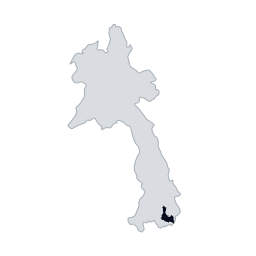 Xaysetha, Attapu, Laos (highlighted), rotated 16°
{"feature_id": "54806243B4321376255205", "entity_name": "Xaysetha", "entity_type": "district", "adm_level": 2, "iso_a3": "LAO", "parent_name": "Laos", "parent_adm1": "Attapu", "projection": "robinson", "projection_center": [107.034, 14.975], "detail": "fine", "context": "in_parent", "style": "filled", "palette": "ink", "viewbox_px": 256, "rotation_deg": 16, "n_neighbors": 0, "source": "geoboundaries", "source_scale": "gbopen_adm2", "svg_char_len": 6640}
<svg xmlns="http://www.w3.org/2000/svg" viewBox="0 0 256 256"><g transform="rotate(16 128 128)"><path d="M94.2,34.5L95.2,36.6L100.2,42.4L101.1,43.9L102.9,45.1L104.4,50.2L105.1,50.5L105.9,50.2L106.5,49.5L107.1,47.5L107.4,47.3L108.0,48.9L109.4,49.4L110.0,50.1L110.2,51.3L110.0,52.6L108.7,55.5L108.0,59.4L112.9,67.8L114.9,69.0L119.8,70.3L123.2,72.2L124.7,71.7L126.2,69.7L128.0,68.5L131.3,66.7L132.3,66.6L134.1,67.3L137.1,69.4L141.6,73.3L141.4,74.4L140.6,75.4L138.2,76.9L137.4,77.9L137.9,78.3L139.9,78.5L142.3,79.4L143.0,80.4L143.4,82.8L143.8,83.2L146.0,83.0L146.7,83.3L147.5,84.0L148.3,86.0L148.2,87.4L146.0,90.0L145.8,91.5L144.6,93.3L141.6,96.4L140.8,96.6L135.2,94.9L130.8,95.1L130.4,95.7L131.1,97.6L131.4,99.4L130.7,100.8L128.1,102.6L128.0,103.4L128.5,104.2L132.2,105.9L144.0,114.7L149.4,116.3L151.8,117.4L152.4,118.1L152.4,118.8L151.8,119.8L151.2,121.5L151.2,122.6L151.8,123.6L152.7,125.1L156.0,128.4L158.5,129.2L161.0,133.0L161.7,136.4L163.0,138.5L169.1,145.8L174.3,150.2L177.3,155.0L178.8,156.1L179.3,157.9L179.7,162.9L181.5,165.5L181.8,166.5L182.6,167.2L183.5,167.4L185.3,165.7L185.6,166.0L186.5,168.6L187.2,169.6L189.9,171.2L192.8,174.5L194.4,175.6L196.3,176.6L196.6,177.6L196.2,178.6L195.6,179.3L192.2,181.1L191.8,182.0L194.0,186.1L199.6,191.2L201.4,194.2L201.0,195.7L199.4,198.7L198.3,199.5L198.0,200.4L198.8,202.8L198.7,206.6L197.7,207.5L196.7,209.8L196.0,209.9L194.3,209.1L190.7,213.0L189.1,212.8L187.3,215.0L185.0,215.3L183.4,213.7L180.0,211.1L178.8,209.4L177.7,210.8L175.9,212.2L173.3,211.7L172.7,213.7L172.2,214.0L169.1,214.4L168.5,214.7L169.0,216.5L170.8,219.5L171.4,221.3L170.2,224.1L167.0,224.1L165.6,222.9L163.8,220.5L159.7,218.9L157.0,220.0L156.2,219.9L154.1,217.9L153.4,216.6L152.9,214.6L156.0,213.0L157.6,211.8L158.6,210.5L159.1,209.1L159.6,203.5L160.0,201.5L159.8,199.0L158.9,197.1L159.0,194.2L159.4,191.9L160.6,190.7L161.4,189.0L161.9,185.2L161.6,184.3L160.4,183.3L158.4,182.4L157.2,181.3L156.7,180.0L156.7,178.8L157.3,177.8L155.9,176.7L152.3,175.4L150.3,173.9L149.9,172.2L148.4,169.9L145.9,167.1L144.5,163.0L144.4,157.7L144.7,153.4L145.9,148.4L144.4,144.7L142.8,142.8L140.5,141.4L138.3,139.4L136.3,136.8L133.8,132.9L131.0,127.8L129.0,125.5L128.0,126.0L126.0,125.6L122.8,124.1L120.0,123.3L117.7,123.2L116.1,123.5L115.4,124.3L115.4,125.1L116.0,125.8L115.6,126.4L114.4,126.9L113.4,127.7L112.3,129.6L111.5,132.0L110.3,133.0L108.5,133.2L106.7,133.9L104.9,135.1L104.1,136.0L104.2,136.6L103.8,136.8L103.0,136.4L102.6,135.6L102.6,134.3L101.7,133.5L99.9,133.0L97.8,131.6L93.9,128.1L93.0,127.9L91.7,128.9L89.9,130.8L88.5,131.6L87.4,131.2L86.6,131.9L85.9,133.7L84.8,135.2L79.5,139.0L74.6,143.9L73.4,144.3L70.5,143.0L69.6,142.0L73.6,131.9L74.3,129.5L74.2,126.2L72.5,123.5L72.4,122.8L72.7,121.9L74.8,118.8L77.2,110.8L77.1,108.2L76.1,105.5L75.5,102.9L76.0,99.3L75.8,97.9L74.7,97.3L71.1,96.5L69.0,97.1L68.0,98.1L66.7,98.7L64.4,99.0L62.2,97.8L60.4,95.8L60.0,93.3L62.4,87.9L62.9,85.8L62.9,84.8L62.5,83.8L62.0,83.7L60.8,82.4L59.7,80.2L58.6,79.2L57.6,79.4L56.7,80.2L55.1,82.3L54.6,82.0L56.1,74.6L57.4,71.4L58.9,70.0L60.5,69.4L62.1,69.6L63.5,69.3L64.7,68.5L64.6,68.1L63.2,68.0L62.7,67.1L63.0,65.6L63.6,64.5L64.5,64.1L65.4,62.5L66.3,59.8L67.4,58.4L68.6,58.3L70.7,57.2L73.7,54.9L74.8,52.7L76.0,53.7L75.5,56.2L76.1,56.8L76.4,57.7L76.2,59.1L76.4,60.4L76.9,61.0L77.5,61.3L80.7,60.2L82.6,60.1L85.7,62.0L87.6,60.6L87.6,60.1L86.1,58.3L86.7,51.8L86.5,46.9L83.9,43.2L83.4,41.7L83.2,39.3L82.5,37.3L84.3,35.6L85.4,32.6L86.7,31.9L87.1,32.0L88.6,34.2L90.7,33.1L92.2,33.1L93.5,33.7L94.2,34.5Z" fill="#d9dde1" stroke="#a8b0b8" stroke-width="1"/><path d="M184.3,194.9L184.4,195.0L184.4,195.3L184.4,195.5L184.5,195.8L184.6,196.1L184.8,196.1L184.8,196.4L185.0,196.6L185.0,196.8L184.9,196.8L185.0,197.1L185.1,197.3L185.3,197.5L185.2,197.8L185.2,198.0L185.3,198.0L185.7,198.1L185.9,198.1L186.0,198.2L186.0,198.3L186.2,198.5L185.9,198.8L185.8,199.1L185.8,199.3L186.0,199.7L186.0,199.8L186.0,200.1L186.1,200.3L186.0,200.5L185.9,200.7L185.8,200.8L185.9,201.0L186.0,201.0L186.2,201.3L185.9,201.3L185.7,201.3L185.6,201.6L185.5,201.9L185.4,202.1L185.3,202.3L185.3,202.5L185.2,202.6L185.2,202.9L185.3,202.9L185.6,203.0L185.9,203.2L186.0,203.3L186.1,203.5L186.0,203.8L186.1,204.0L186.0,204.3L185.9,204.4L185.8,204.5L185.8,204.8L185.7,204.9L185.8,204.9L185.8,205.0L185.9,205.3L185.9,205.6L185.7,205.6L185.8,205.8L186.0,206.0L186.3,206.1L186.5,206.0L186.6,205.9L186.7,205.5L186.7,205.4L186.6,205.2L186.8,205.1L187.0,205.0L187.2,205.3L187.1,205.6L187.3,205.5L187.5,205.3L187.6,205.5L187.8,205.6L187.8,205.8L188.0,205.8L188.2,206.0L188.2,205.9L188.3,205.9L188.5,206.0L188.8,206.0L188.9,205.8L189.0,205.8L189.4,206.0L189.5,206.1L189.8,205.8L189.9,205.7L190.1,205.7L190.1,205.8L190.3,205.8L190.5,205.9L190.7,206.0L190.6,206.4L190.8,206.3L191.0,206.5L191.2,206.8L191.3,206.8L191.4,206.7L191.5,206.7L192.0,206.5L192.1,206.4L192.3,206.3L192.3,206.2L192.4,206.3L192.4,206.2L192.5,206.2L192.6,206.3L192.8,206.4L192.9,206.2L193.0,206.1L193.2,205.9L193.3,205.7L193.3,205.8L193.5,205.8L193.7,205.7L193.8,205.6L194.0,205.5L194.0,205.4L194.3,205.4L194.2,205.5L194.3,205.6L194.5,205.4L194.8,205.4L194.9,205.5L195.0,205.5L195.3,205.6L195.5,205.5L195.8,205.6L195.9,205.4L196.1,205.4L196.2,205.5L196.4,205.6L196.5,205.7L196.6,205.8L196.8,205.9L197.0,205.8L197.1,205.7L197.1,205.8L197.4,206.0L197.4,205.8L197.4,205.7L197.2,205.4L197.1,205.2L196.8,204.9L196.5,204.6L196.5,204.4L196.5,204.2L196.4,203.9L196.3,203.7L196.2,203.6L196.1,203.2L195.9,203.0L195.9,202.9L196.0,202.8L196.0,202.2L195.9,202.2L195.5,201.9L195.4,201.4L195.3,201.2L195.0,201.1L194.9,201.0L194.7,201.0L194.5,200.8L194.1,200.7L194.1,200.9L194.1,201.2L194.1,201.3L194.0,201.5L193.9,201.6L193.9,201.8L193.8,202.1L193.5,202.4L193.3,202.5L193.4,202.8L193.2,203.0L192.9,203.1L192.7,203.1L192.5,202.9L192.3,202.8L192.2,202.7L192.0,202.8L191.9,202.9L191.7,202.9L191.6,203.0L191.6,203.5L191.4,203.5L191.3,203.4L191.2,203.4L190.9,203.4L190.7,203.4L190.7,203.5L190.4,203.5L190.4,203.4L190.2,203.5L190.2,203.4L189.9,203.3L189.7,203.3L189.4,202.9L189.5,202.8L189.5,202.6L189.6,202.4L189.4,202.5L189.1,202.6L188.8,202.4L188.7,202.3L188.7,202.2L189.1,201.8L188.1,201.0L187.0,200.4L186.9,200.0L186.3,198.3L186.2,197.9L186.2,197.7L186.2,197.3L186.2,197.2L186.3,197.1L186.2,197.0L186.3,196.9L186.3,196.6L186.4,196.4L186.3,196.1L186.2,196.1L186.0,195.9L185.9,195.9L185.8,195.7L185.8,195.4L185.9,195.2L185.7,195.0L185.5,194.9L185.4,194.9L185.5,194.8L185.4,194.8L185.4,194.7L185.2,194.7L184.9,194.7L184.8,194.4L184.7,194.4L184.8,194.4L184.7,194.3L184.4,194.3L184.5,194.3L184.4,194.3L184.3,194.2L184.3,194.3L184.2,194.4L184.3,194.4L184.3,194.5L184.2,194.6L184.2,194.8L184.3,194.9Z" fill="#0f172a" stroke="#020617" stroke-width="1.5"/></g></svg>